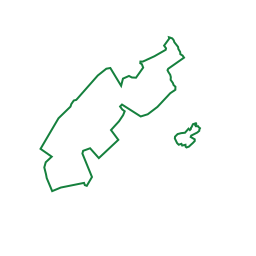 Kanimekh, Navoi, Uzbekistan, rotated 310°
{"feature_id": "79887680B53513489447097", "entity_name": "Kanimekh", "entity_type": "district", "adm_level": 2, "iso_a3": "UZB", "parent_name": "Uzbekistan", "parent_adm1": "Navoi", "projection": "mercator", "projection_center": [64.925, 40.708], "detail": "fine", "context": "isolated", "style": "outline", "palette": "green", "viewbox_px": 256, "rotation_deg": 310, "n_neighbors": 0, "source": "geoboundaries", "source_scale": "gbopen_adm2", "svg_char_len": 1424}
<svg xmlns="http://www.w3.org/2000/svg" viewBox="0 0 256 256"><g transform="rotate(310 128 128)"><path d="M223.8,101.1L223.1,102.1L214.3,102.7L213.5,105.9L212.1,106.6L199.9,102.1L188.3,96.6L186.9,94.8L185.5,95.8L185.8,97.6L184.0,100.8L171.7,101.8L169.2,98.5L168.5,95.3L162.6,92.4L155.9,95.6L162.6,75.9L159.5,73.3L148.8,71.1L116.3,70.3L114.2,68.8L109.9,69.2L107.4,70.2L90.8,68.5L55.8,74.4L57.0,88.0L48.9,87.0L44.0,89.2L39.8,95.0L37.4,97.9L30.9,110.5L39.2,114.8L57.7,129.6L56.5,131.6L57.2,133.6L67.3,131.9L79.1,109.5L81.7,108.3L88.1,112.0L86.2,125.0L112.7,128.2L115.5,116.3L127.3,116.8L134.7,116.0L138.7,114.7L138.5,111.7L139.4,108.1L142.1,108.3L145.0,130.3L151.2,134.3L163.1,137.0L181.8,138.0L187.7,139.7L190.1,137.8L190.2,135.3L191.3,133.5L192.3,129.7L194.5,128.1L195.9,126.1L196.8,123.1L197.7,121.1L199.2,120.7L217.9,125.7L218.6,123.2L218.2,120.7L219.8,119.0L220.9,115.8L222.3,114.2L223.5,108.4L224.6,106.6L225.1,104.3L223.8,101.1ZM158.0,187.3L160.9,187.5L162.2,186.4L161.4,181.8L162.8,181.3L169.1,184.0L171.6,184.4L172.8,183.6L174.1,183.3L174.1,181.3L174.4,180.4L173.0,178.9L173.3,177.8L174.9,177.8L175.3,176.9L172.6,175.3L169.8,176.1L168.7,176.1L167.6,176.8L166.2,176.7L166.4,174.8L161.0,174.7L158.2,172.0L155.2,169.9L151.6,169.6L150.1,170.6L148.0,175.3L147.8,177.6L150.2,179.1L149.4,180.8L152.1,182.8L150.7,184.2L150.7,185.3L152.8,186.6L156.0,187.0L158.0,187.3Z" fill="none" stroke="#15803d" stroke-width="2"/></g></svg>